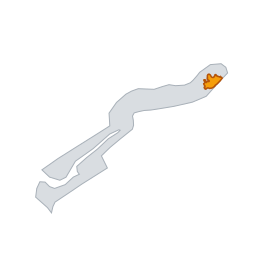 Tumana, Upper River, Gambia (highlighted), rotated 327°
{"feature_id": "56634734B54781332377439", "entity_name": "Tumana", "entity_type": "district", "adm_level": 2, "iso_a3": "GMB", "parent_name": "Gambia", "parent_adm1": "Upper River", "projection": "mercator", "projection_center": [-14.08, 13.369], "detail": "fine", "context": "in_parent", "style": "filled", "palette": "amber", "viewbox_px": 256, "rotation_deg": 327, "n_neighbors": 0, "source": "geoboundaries", "source_scale": "gbopen_adm2", "svg_char_len": 4075}
<svg xmlns="http://www.w3.org/2000/svg" viewBox="0 0 256 256"><g transform="rotate(327 128 128)"><path d="M33.0,116.2L52.5,115.5L76.1,115.8L101.8,116.2L113.9,116.3L120.2,105.2L132.3,100.3L144.7,98.5L151.1,99.0L158.0,100.6L171.0,109.8L179.1,111.9L186.0,114.0L190.9,118.4L198.7,122.8L204.8,124.0L208.5,123.4L214.5,121.7L218.5,120.3L231.6,119.7L241.1,124.8L243.1,130.4L241.5,136.1L228.7,139.2L210.9,144.0L196.1,141.4L178.2,134.8L167.7,130.2L163.4,128.3L156.8,125.3L151.1,122.1L145.6,120.0L141.4,118.7L138.3,120.4L136.7,124.3L134.2,128.7L131.0,131.4L116.0,132.9L102.5,134.5L95.3,135.9L90.5,136.9L88.9,150.3L73.7,150.1L58.7,149.9L43.1,150.2L26.4,150.4L22.1,153.1L17.6,157.5L17.1,150.9L12.9,135.7L18.6,129.0L24.8,125.1L29.0,128.2L30.3,134.4L33.5,138.7L44.5,141.3L55.4,139.4L62.0,140.3L61.8,136.9L64.1,132.3L77.3,130.3L91.2,129.0L105.6,126.3L116.8,126.4L120.2,125.6L119.4,124.5L109.3,123.1L87.7,126.3L65.8,127.2L49.2,135.5L42.4,134.7L35.5,126.5L33.0,116.2Z" fill="#d9dde1" stroke="#a8b0b8" stroke-width="1"/><path d="M220.7,140.3L221.3,140.3L222.6,140.3L223.2,140.2L223.6,140.2L224.3,139.8L224.3,139.7L224.5,139.7L224.9,139.7L225.0,139.7L225.3,139.6L225.5,139.6L225.9,139.6L226.2,139.6L226.5,139.6L227.3,139.4L227.5,139.4L228.3,139.2L228.5,139.2L228.9,139.1L229.0,139.0L229.5,138.9L229.8,138.9L230.1,138.8L230.4,138.8L230.5,138.7L231.2,138.5L231.5,138.4L232.1,138.2L232.3,138.1L233.7,137.6L234.1,137.5L234.1,137.4L234.2,137.2L234.2,136.9L234.2,136.7L234.1,136.4L234.0,136.2L233.9,136.2L233.7,136.1L233.5,135.9L233.4,135.9L233.3,135.7L233.2,135.7L233.1,135.4L232.9,135.3L233.0,135.2L232.8,135.2L232.7,135.1L232.6,134.9L232.5,134.7L232.4,134.6L232.2,134.4L232.1,134.2L231.9,134.1L231.7,134.0L231.7,133.9L231.6,133.7L231.4,133.6L231.2,133.4L231.2,133.2L231.1,132.9L231.1,132.7L230.9,132.5L230.9,132.4L230.9,132.1L230.8,131.7L230.8,131.4L230.7,131.4L230.6,131.2L230.5,131.3L230.5,131.2L230.4,131.2L230.2,131.0L230.1,130.9L230.0,131.0L229.9,131.0L229.8,130.9L229.7,131.0L229.4,131.3L229.2,131.3L228.9,131.5L228.7,131.6L228.4,131.6L228.2,131.7L228.1,131.8L228.1,132.0L227.8,132.1L227.6,132.0L227.4,132.0L227.2,132.0L226.8,132.0L226.7,131.9L226.5,131.7L226.4,131.6L226.1,131.2L225.9,130.9L225.8,130.7L225.8,130.4L225.8,130.1L225.8,129.9L225.8,129.5L225.8,129.3L225.9,129.2L225.9,128.9L225.9,128.7L225.9,128.3L225.8,128.1L225.7,127.6L225.6,127.4L225.4,127.1L225.0,126.9L224.9,126.8L224.6,126.7L224.4,126.7L224.2,126.7L223.9,126.8L223.7,126.9L223.6,127.0L223.4,127.1L223.1,127.3L222.9,127.5L222.8,127.8L222.7,128.0L222.4,128.3L222.3,128.5L222.2,128.6L222.0,128.9L221.9,129.1L221.7,129.2L221.5,129.4L221.4,129.6L221.3,129.9L221.2,130.1L221.3,130.1L221.2,130.2L221.2,130.3L221.2,130.5L221.2,130.8L221.3,131.2L221.3,131.3L221.5,131.5L221.6,131.9L221.7,132.0L221.8,132.5L221.8,132.8L221.7,132.9L221.6,133.0L221.4,133.1L221.2,133.1L220.8,132.9L220.7,132.8L220.7,132.7L220.4,132.5L220.4,132.4L220.2,132.3L220.1,132.1L219.9,132.0L219.7,132.0L219.4,132.1L219.1,132.3L218.7,132.5L218.6,132.4L218.4,132.4L218.3,132.2L218.3,131.9L218.3,131.6L218.4,131.4L218.5,131.3L218.5,131.1L218.6,130.9L218.8,130.7L219.0,130.1L219.0,129.9L219.0,129.7L218.9,129.6L218.7,129.4L218.5,129.2L218.4,129.2L218.1,129.0L217.9,129.0L217.7,129.1L217.6,129.4L217.6,129.5L217.5,130.1L217.5,130.3L217.5,131.2L217.4,131.4L217.3,131.6L217.2,131.7L217.1,131.8L216.8,131.9L216.7,132.0L216.3,132.1L216.1,132.0L215.9,132.0L215.7,132.0L215.6,132.3L215.5,132.5L215.4,132.9L215.3,133.0L215.3,133.4L215.4,133.6L215.5,134.0L215.5,134.3L215.5,134.5L215.4,134.7L215.4,134.9L215.1,135.1L214.9,135.1L214.4,135.2L214.1,135.3L214.0,135.6L213.8,135.9L213.8,136.0L213.9,136.5L213.9,136.8L213.9,137.0L214.0,137.0L213.9,137.1L213.9,137.3L214.0,137.5L214.3,137.7L214.4,137.8L214.5,137.7L214.9,137.6L215.0,137.6L215.5,137.7L216.5,137.7L216.6,137.8L216.8,137.8L217.0,138.0L217.3,138.2L217.4,138.4L217.5,138.6L217.6,138.8L217.7,139.0L217.8,139.0L218.0,139.1L218.1,139.3L218.3,139.4L218.5,139.4L218.7,139.5L218.8,139.6L219.1,139.7L219.2,139.8L219.8,140.1L220.4,140.2L220.7,140.3L220.7,140.3Z" fill="#f59e0b" stroke="#b45309" stroke-width="1.5"/></g></svg>